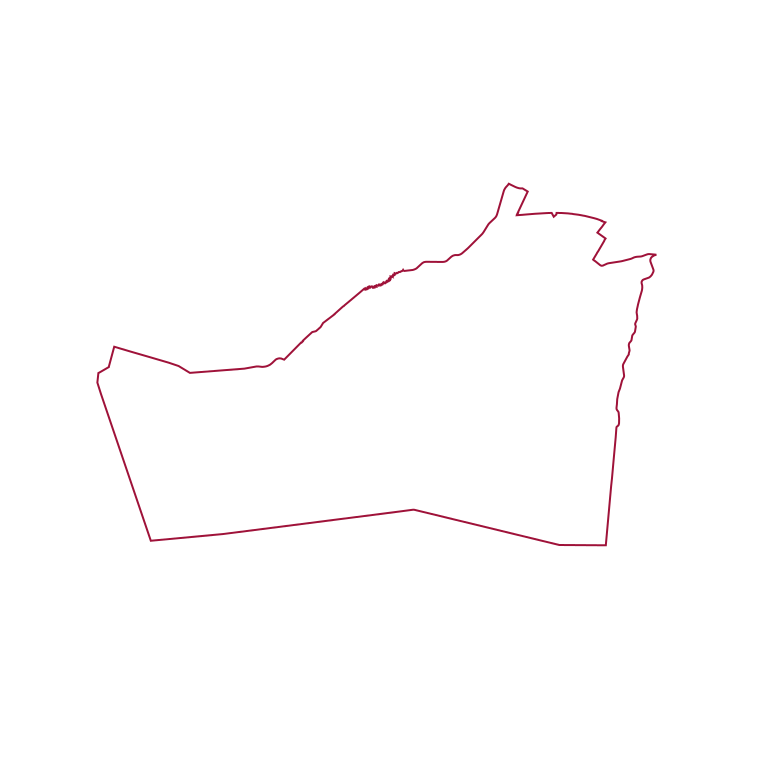 Deurne, Noord-Brabant, Netherlands, rotated 113°
{"feature_id": "6326949B59687324731711", "entity_name": "Deurne", "entity_type": "district", "adm_level": 2, "iso_a3": "NLD", "parent_name": "Netherlands", "parent_adm1": "Noord-Brabant", "projection": "orthographic", "projection_center": [5.787, 51.428], "detail": "fine", "context": "isolated", "style": "outline", "palette": "rose", "viewbox_px": 768, "rotation_deg": 113, "n_neighbors": 0, "source": "geoboundaries", "source_scale": "gbopen_adm2", "svg_char_len": 5758}
<svg xmlns="http://www.w3.org/2000/svg" viewBox="0 0 768 768"><g transform="rotate(113 384 384)"><path d="M485.5,651.2L494.7,648.4L503.8,640.6L619.4,537.4L585.2,473.9L528.6,376.9L495.2,319.7L488.3,308.0L488.0,307.2L487.8,306.1L463.7,159.7L445.8,116.8L389.3,135.0L381.7,137.3L362.8,143.4L342.5,149.9L333.4,153.0L332.6,153.1L331.9,152.8L331.3,152.4L330.0,152.0L328.3,152.3L323.8,154.1L318.9,156.7L318.2,157.2L317.7,157.9L317.0,159.2L316.1,160.2L315.0,160.7L311.6,161.7L306.8,163.4L300.8,164.7L299.8,164.9L296.0,165.0L287.9,166.2L287.1,166.2L284.3,165.9L283.2,166.0L282.4,166.3L274.6,170.9L273.3,171.4L272.2,171.5L263.6,170.7L261.2,170.2L260.2,170.6L257.9,170.9L257.3,171.0L256.4,171.5L253.1,173.6L252.1,174.0L251.6,174.1L250.5,174.2L249.8,174.0L247.9,173.4L247.3,173.3L246.6,173.4L242.4,174.4L241.6,174.3L238.9,173.5L238.1,173.4L237.5,173.5L233.7,174.4L232.9,174.6L232.5,174.8L230.8,176.2L230.0,176.4L225.8,176.3L224.9,176.4L222.3,177.6L220.8,178.6L219.3,179.5L216.5,180.3L212.7,181.0L211.8,181.2L204.2,182.3L197.4,183.1L196.0,183.4L194.4,183.9L193.1,184.5L192.3,184.9L190.5,186.3L189.6,186.7L189.1,186.8L187.9,186.7L187.0,186.4L186.6,186.0L186.2,185.7L183.2,182.4L182.3,181.5L180.8,180.7L178.9,180.1L177.8,180.0L175.5,179.9L174.8,180.0L173.8,180.4L172.7,181.4L169.0,184.9L167.4,186.4L166.7,186.9L165.8,187.3L165.5,187.4L164.5,187.5L163.8,187.5L162.9,187.3L162.2,187.0L160.0,185.5L159.7,185.1L158.6,183.8L159.0,185.2L160.7,190.4L161.0,191.1L161.3,191.7L162.2,192.8L165.5,196.3L166.3,197.4L168.0,200.8L168.9,202.2L169.9,203.4L171.7,205.0L172.6,206.0L177.8,212.8L178.5,213.8L185.0,224.3L185.9,225.5L189.5,228.8L189.8,229.3L190.1,229.8L190.2,230.4L190.2,231.0L190.1,231.6L188.4,237.6L188.1,239.2L187.8,240.1L180.6,239.1L180.0,239.1L179.3,239.0L178.7,238.8L166.3,237.2L165.7,237.3L163.5,236.9L161.3,246.7L157.4,245.7L154.3,244.8L151.2,244.1L148.7,243.4L148.8,244.4L149.0,247.2L148.6,247.2L148.9,252.5L149.3,255.6L150.3,261.8L150.8,264.9L151.2,266.5L151.5,268.0L152.2,271.1L153.7,276.4L153.8,277.2L154.3,278.7L155.1,281.4L157.2,287.3L159.1,292.0L160.7,291.6L163.7,293.1L161.0,296.5L162.8,300.4L168.4,311.7L172.8,320.1L174.3,322.9L176.7,327.6L175.0,327.5L175.2,327.8L150.7,326.9L149.8,332.9L150.6,334.7L150.9,335.7L151.1,336.7L151.3,338.6L151.3,340.4L151.0,346.1L151.0,347.1L150.9,347.1L150.9,347.4L152.5,347.7L155.3,348.7L156.6,349.0L158.6,349.2L159.8,349.1L183.8,346.2L185.5,346.2L186.7,346.4L187.9,346.8L194.7,349.8L196.2,350.3L205.3,351.7L207.4,352.2L226.4,359.9L233.2,363.2L234.4,364.0L234.9,364.4L235.9,365.5L236.5,366.4L237.3,368.4L237.7,369.2L238.7,370.4L239.1,370.8L240.1,371.5L240.8,371.9L245.8,374.2L247.0,375.1L247.9,376.2L248.7,377.6L255.1,393.1L255.8,394.2L256.3,394.9L257.6,395.9L258.2,396.2L264.8,399.2L265.6,399.8L266.6,400.7L267.8,402.1L272.0,409.5L272.0,409.8L272.0,410.3L271.5,411.0L272.3,411.1L272.8,411.4L273.1,411.6L273.2,411.9L273.7,412.2L274.1,412.8L274.7,413.0L274.8,413.2L274.9,413.5L275.3,414.3L276.6,414.8L276.8,415.1L276.8,415.3L276.8,415.7L277.7,416.1L278.0,416.6L278.0,416.9L278.0,417.2L277.8,417.4L277.8,417.6L278.4,417.5L278.7,417.3L278.9,416.9L279.2,416.7L279.4,416.8L279.3,417.0L279.1,417.3L279.9,418.1L279.9,418.3L280.1,418.3L280.2,418.2L280.2,417.9L280.4,417.8L280.8,417.7L281.3,417.8L281.5,418.0L281.6,418.6L281.8,418.6L282.0,418.3L282.1,418.2L282.1,418.3L282.2,418.6L281.9,419.0L282.0,419.2L282.3,419.4L282.5,419.6L282.5,419.8L282.8,419.6L282.8,419.2L283.1,419.2L283.2,419.8L283.4,420.0L283.5,420.0L284.1,419.3L284.3,419.4L284.3,419.6L284.2,419.9L284.2,420.0L284.3,420.1L284.8,419.7L284.7,419.1L284.8,419.0L285.0,419.1L285.8,419.0L285.7,420.0L285.6,420.6L285.9,420.6L286.0,419.9L286.3,420.0L286.2,420.3L286.4,420.3L286.7,420.2L286.9,419.7L287.4,419.7L287.7,419.9L288.0,420.6L288.2,421.0L287.9,421.3L287.9,421.8L288.1,421.9L288.3,421.8L288.6,421.1L288.8,421.0L289.2,421.2L289.3,421.7L289.5,421.8L290.4,422.0L290.5,422.1L290.1,422.5L290.0,422.8L290.3,423.0L290.4,422.9L290.5,422.6L290.8,422.5L290.9,422.9L291.2,423.2L291.2,423.4L291.0,423.6L290.7,424.3L291.1,424.4L291.3,424.2L291.5,424.0L291.7,423.8L291.9,423.9L292.0,424.4L292.2,424.6L292.7,424.3L293.1,424.3L293.2,424.5L293.0,424.9L292.8,425.1L292.8,425.3L293.0,425.4L293.5,425.5L294.1,425.3L294.5,425.4L294.8,425.9L294.7,426.0L294.0,426.0L293.9,426.2L294.4,426.7L294.4,426.9L294.2,427.3L294.2,427.5L294.3,427.6L294.9,427.7L295.0,427.5L295.0,427.3L295.1,427.2L295.6,427.4L295.6,427.5L295.4,428.0L296.2,428.9L296.0,429.5L296.3,429.7L296.7,429.2L297.2,428.9L297.4,428.8L297.5,429.2L297.2,430.4L297.3,430.6L297.5,430.6L297.7,430.0L297.8,430.0L298.0,430.2L298.1,431.1L298.3,431.1L298.4,430.9L298.7,430.2L298.9,430.2L299.4,431.3L299.8,431.7L299.6,432.2L299.4,432.3L299.1,432.5L298.8,433.0L298.8,433.3L300.0,434.4L300.7,434.3L300.8,434.4L301.0,434.8L300.8,435.2L300.7,435.3L300.4,435.0L299.8,435.5L300.2,436.0L300.7,435.8L300.8,436.1L301.0,436.7L301.2,436.8L301.2,436.7L301.3,435.9L302.0,435.8L302.0,436.7L302.1,436.8L302.3,436.7L302.7,436.3L303.5,436.7L303.6,436.9L303.8,437.2L303.8,437.4L304.3,437.7L304.4,437.9L304.2,438.0L303.8,438.0L304.1,438.5L303.4,438.7L303.3,438.8L303.8,439.1L303.9,439.4L309.0,441.9L327.2,451.2L328.1,451.5L328.3,451.8L329.2,452.3L339.9,457.3L339.9,457.2L351.6,463.9L356.3,464.6L361.6,467.1L362.2,467.6L364.2,470.3L365.0,470.7L372.0,473.9L376.1,475.7L376.4,475.7L376.5,475.4L378.2,476.1L378.2,476.5L400.6,485.4L400.7,488.0L400.7,488.6L401.0,489.5L401.1,490.0L401.6,490.9L402.1,491.6L402.5,492.0L403.1,492.7L403.9,493.2L405.2,493.8L408.5,495.2L409.4,495.7L410.7,496.4L411.9,497.4L412.9,498.3L414.0,499.6L414.7,500.7L415.5,502.1L415.9,503.0L416.9,506.4L417.6,508.1L424.4,518.5L449.6,567.0L447.7,580.1L448.5,590.5L450.9,611.0L453.1,629.3L455.1,646.9L475.2,644.1L475.9,643.9L484.7,650.5L485.5,651.2Z" fill="none" stroke="#9f1239" stroke-width="2"/></g></svg>